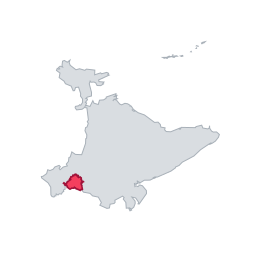 where Punjab sits in India, rotated 256°
{"feature_id": "IND-3249", "entity_name": "Punjab", "entity_type": "State", "adm_level": 1, "iso_a3": "IND", "parent_name": "India", "parent_adm1": "", "projection": "natural_earth1", "projection_center": [75.648, 31.038], "detail": "fine", "context": "in_parent", "style": "filled", "palette": "rose", "viewbox_px": 256, "rotation_deg": 256, "n_neighbors": 0, "source": "natural_earth", "source_scale": "10m", "svg_char_len": 6439}
<svg xmlns="http://www.w3.org/2000/svg" viewBox="0 0 256 256"><g transform="rotate(256 128 128)"><path d="M47.1,109.9L50.3,109.2L50.6,106.9L56.3,107.9L60.2,106.2L61.4,107.4L63.2,106.3L61.1,97.8L59.0,97.5L58.1,96.2L58.4,92.2L54.9,90.6L55.1,88.1L59.9,82.0L62.1,84.1L68.1,82.5L70.7,77.2L73.8,75.3L76.5,69.3L78.8,68.2L79.3,65.9L83.4,61.9L82.8,60.9L83.0,56.7L87.2,54.0L86.7,52.9L83.7,52.1L83.6,50.4L81.9,50.3L81.6,48.8L80.0,47.5L80.8,45.4L79.9,43.9L81.4,42.4L79.5,41.6L79.9,40.5L78.9,39.5L79.8,37.7L81.7,37.0L89.3,38.7L94.1,37.2L100.5,32.1L101.9,32.2L101.7,33.7L103.4,38.0L106.9,40.0L105.6,42.0L106.1,45.4L107.9,47.6L108.4,52.1L106.8,53.0L105.6,51.4L103.9,52.0L105.8,55.7L105.9,60.0L107.9,59.4L110.0,62.2L113.6,63.5L113.9,65.0L118.4,67.7L115.1,70.6L113.3,76.6L123.3,83.1L127.8,84.4L128.2,85.4L131.3,86.4L135.7,85.6L138.6,86.9L139.0,88.6L142.2,90.6L144.0,90.0L145.3,91.5L157.5,93.0L158.4,90.7L157.3,88.0L158.0,82.5L160.4,81.6L161.7,82.2L161.5,85.4L162.3,86.8L161.5,87.7L163.8,90.1L167.3,90.9L170.5,89.6L172.7,90.4L179.6,89.9L180.0,86.9L177.2,85.2L177.4,83.8L182.4,83.0L186.1,78.0L188.9,77.3L193.5,73.4L197.8,75.3L201.2,72.5L203.0,73.8L201.8,75.0L201.9,76.0L203.5,75.2L204.4,77.1L202.9,79.4L204.7,79.1L208.7,80.7L208.9,82.6L206.5,85.0L207.9,88.1L205.7,86.7L202.8,87.1L197.1,91.6L197.2,95.3L194.4,100.1L195.2,101.9L192.2,109.8L187.7,108.5L188.1,114.8L187.0,115.4L187.1,120.8L185.8,122.4L184.7,121.4L183.9,122.5L181.7,111.1L180.0,111.1L178.4,115.8L177.3,114.3L176.7,114.9L175.7,111.8L176.7,108.3L179.6,107.6L180.8,106.2L181.4,103.1L182.7,102.6L180.3,101.1L171.3,101.2L167.9,100.3L167.8,96.0L166.9,94.2L166.2,95.5L165.2,95.5L163.2,92.8L162.2,93.9L159.6,91.8L160.0,93.1L158.1,96.3L163.0,100.5L160.3,101.0L158.0,104.8L161.9,107.1L161.2,111.1L162.1,113.9L163.3,114.4L164.2,124.6L163.1,124.0L162.5,125.1L161.8,121.5L161.6,124.6L159.9,123.9L159.0,124.8L159.3,121.4L157.9,119.8L159.1,121.5L158.0,123.5L153.3,125.7L152.0,127.4L152.7,131.0L151.5,133.6L149.4,135.6L148.7,135.3L148.5,136.4L144.9,137.7L144.5,136.4L143.1,137.3L142.7,138.4L144.2,138.2L140.4,141.5L136.7,147.1L127.0,155.1L126.4,158.6L123.6,160.2L120.9,160.1L119.2,164.0L117.3,163.1L115.3,164.3L114.0,168.5L115.5,179.1L114.6,177.6L114.1,178.3L115.7,179.9L112.0,193.6L112.9,194.3L112.9,200.2L109.9,200.6L107.8,205.2L108.2,206.7L110.5,207.7L108.0,207.2L104.8,208.3L103.5,209.7L102.7,213.0L99.6,215.1L97.1,213.5L94.1,209.6L92.8,205.9L92.3,202.8L93.6,205.4L92.9,202.8L89.4,193.2L84.9,185.2L81.7,172.4L79.3,168.5L78.6,164.6L77.8,164.3L75.8,159.3L73.3,144.7L74.0,142.2L73.8,141.3L73.1,142.5L72.9,141.8L72.9,140.4L73.9,140.5L72.8,139.9L72.1,136.8L73.4,131.2L71.9,126.5L72.6,125.9L71.9,125.9L74.7,124.0L71.5,124.3L72.4,122.5L71.4,122.5L71.6,121.3L73.0,120.8L69.5,120.5L70.0,121.7L68.7,123.5L69.9,125.5L68.5,128.0L62.9,130.7L59.9,130.1L51.5,120.4L52.0,119.4L53.2,120.4L58.3,118.5L60.1,115.0L55.4,117.2L53.0,116.7L49.7,114.4L48.5,111.8L50.5,109.9L47.5,111.6L47.1,109.9ZM186.4,192.1L185.3,189.8L186.7,187.5L186.9,180.0L188.1,178.7L187.2,182.7L187.8,185.4L187.1,186.1L186.4,192.1ZM193.1,220.7L193.1,223.9L192.1,222.1L193.1,220.7ZM185.2,198.6L184.5,198.7L184.4,197.3L185.2,196.3L185.2,198.6ZM190.4,215.5L190.4,216.4L190.2,215.6L190.4,215.5ZM191.3,214.2L191.0,215.4L191.1,214.1L191.3,214.2ZM192.3,219.5L192.0,220.5L191.8,220.1L192.3,219.5ZM187.1,207.8L186.6,207.9L186.8,207.3L187.1,207.8ZM186.2,192.6L185.7,193.1L185.9,192.3L186.2,192.6ZM188.0,188.8L188.3,189.7L187.7,189.0L188.0,188.8ZM189.1,213.9L188.6,213.8L188.8,213.3L189.1,213.9ZM186.3,182.7L186.0,183.7L186.2,182.6L186.3,182.7Z" fill="#d9dde1" stroke="#a8b0b8" stroke-width="1"/><path d="M87.0,54.4L87.1,54.1L87.3,53.8L87.4,53.7L87.2,53.3L87.0,53.2L87.5,53.2L87.8,53.0L87.9,53.3L88.0,53.4L88.3,53.1L88.5,52.9L89.1,52.8L89.2,52.7L89.4,52.6L89.4,52.4L89.5,52.3L89.8,52.2L90.0,52.0L90.4,52.6L90.1,52.8L89.7,53.2L89.5,53.4L89.4,53.5L89.2,53.6L88.8,53.7L88.8,53.8L88.7,53.8L88.7,54.0L88.8,54.1L89.0,54.1L89.0,54.3L88.9,54.5L88.6,54.8L88.7,55.0L89.0,55.0L89.3,55.1L89.5,55.2L89.8,55.4L90.1,55.6L90.3,55.7L90.5,56.1L90.7,56.5L90.4,56.6L91.3,58.4L91.6,59.2L91.6,59.7L91.7,59.8L91.9,60.0L92.0,60.1L92.3,60.0L92.5,59.8L92.6,59.7L92.6,59.4L92.8,59.3L92.8,59.2L92.9,59.3L93.1,59.8L93.2,60.0L93.3,60.1L93.5,60.1L93.8,60.3L94.0,60.3L94.1,60.5L94.3,60.6L94.2,60.8L94.2,61.2L94.2,61.3L94.3,61.3L94.2,61.5L94.2,61.8L94.3,62.0L94.7,62.4L94.8,62.5L95.1,62.7L95.1,62.8L95.3,63.1L95.5,63.2L95.4,63.3L95.3,63.5L95.1,63.5L94.9,63.5L94.7,63.6L94.7,63.8L94.9,64.0L95.2,64.3L95.3,64.2L95.5,64.3L95.6,64.5L95.8,64.8L95.8,65.1L95.9,65.3L95.8,65.5L95.8,65.9L95.9,66.2L95.8,66.3L95.7,66.4L95.5,66.0L95.4,66.0L95.2,66.0L95.1,65.9L94.9,66.0L94.8,66.3L94.9,66.5L94.4,66.8L94.2,67.0L93.9,67.1L93.8,67.3L94.0,67.3L94.1,67.2L94.2,67.3L94.3,67.4L94.4,67.5L94.3,67.8L94.1,68.0L93.8,68.3L93.6,68.2L93.4,68.2L93.2,67.9L93.2,67.6L93.0,67.8L93.0,68.0L92.9,68.0L92.7,67.9L92.7,68.0L92.3,68.1L92.1,67.9L92.0,68.0L92.3,68.2L92.2,68.2L92.1,68.3L92.1,68.5L91.9,69.0L91.9,69.3L91.9,69.5L92.1,69.6L92.1,69.8L91.9,69.9L91.7,70.0L91.3,70.1L91.2,70.4L91.1,70.5L90.9,70.4L90.6,70.6L90.4,70.5L90.2,70.4L90.1,70.2L89.9,70.0L89.7,69.9L89.6,70.0L89.4,70.1L89.3,70.3L89.2,70.4L88.7,70.4L88.3,70.2L88.2,70.2L87.9,70.1L87.8,70.3L87.6,70.4L87.5,70.7L87.3,70.9L87.3,71.1L87.2,71.1L87.0,71.3L87.0,71.6L86.9,71.7L86.7,71.8L86.7,71.7L86.6,71.4L86.4,71.2L86.3,70.9L86.5,70.8L86.5,70.6L86.6,70.4L86.5,70.2L86.4,69.9L86.3,70.0L86.2,70.0L85.9,70.0L85.9,69.9L85.9,69.7L86.0,69.6L86.0,69.4L85.9,69.3L85.8,69.5L85.5,69.6L85.4,69.7L85.1,69.4L85.0,69.2L84.9,69.2L84.5,69.0L84.4,68.9L84.1,69.0L83.9,69.0L83.6,69.2L83.5,69.4L83.4,69.4L83.1,69.3L82.7,69.2L82.0,69.1L81.5,69.1L79.4,69.0L79.3,68.9L79.3,68.6L79.7,67.9L79.8,67.7L79.7,67.5L79.6,67.4L79.5,67.1L79.4,66.8L79.3,66.6L79.0,66.5L79.1,66.3L79.2,66.2L79.3,66.2L79.5,66.0L79.8,65.6L79.9,65.4L80.1,65.3L80.2,65.1L80.2,64.9L80.3,64.7L80.5,64.5L80.6,64.4L80.8,64.4L80.8,64.2L81.0,64.0L81.1,63.9L81.2,63.7L81.4,63.5L81.3,63.4L81.6,63.2L81.7,62.8L81.8,62.8L82.0,62.8L82.2,62.7L82.3,62.5L82.4,62.4L82.6,62.4L82.8,62.4L83.0,62.1L83.1,61.8L83.2,61.7L83.5,61.6L83.4,61.4L83.2,61.4L82.9,61.4L82.7,61.2L82.7,60.8L82.8,60.6L82.8,60.3L82.8,60.1L83.1,59.5L83.3,59.2L83.3,58.9L83.1,58.7L83.0,58.0L82.7,57.4L82.7,57.2L82.8,57.2L82.9,56.7L83.0,56.5L83.4,56.2L83.5,56.1L83.8,55.8L84.1,55.8L84.3,55.6L84.4,55.4L84.5,55.3L84.8,55.2L85.0,55.2L85.3,55.0L85.6,55.0L85.5,54.8L86.0,54.9L86.4,54.9L86.4,54.7L86.5,54.6L86.8,54.4L87.0,54.4Z" fill="#f43f5e" stroke="#9f1239" stroke-width="1.5"/></g></svg>